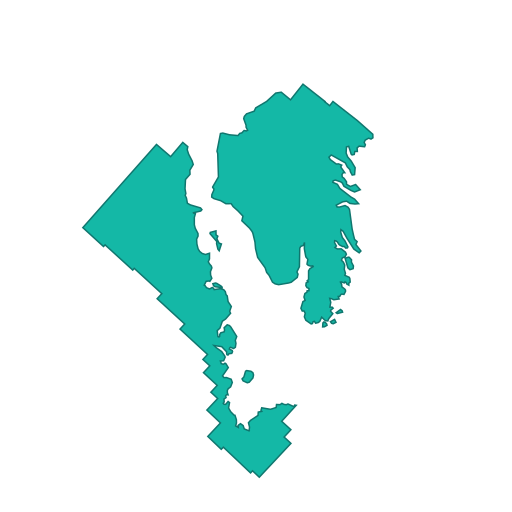 Kenai Peninsula, Alaska, United States of America, rotated 311°
{"feature_id": "52423323B64721050065013", "entity_name": "Kenai Peninsula", "entity_type": "district", "adm_level": 2, "iso_a3": "USA", "parent_name": "United States of America", "parent_adm1": "Alaska", "projection": "albers", "projection_center": [-151.789, 60.039], "detail": "fine", "context": "isolated", "style": "filled", "palette": "teal", "viewbox_px": 512, "rotation_deg": 311, "n_neighbors": 0, "source": "geoboundaries", "source_scale": "gbopen_adm2", "svg_char_len": 6172}
<svg xmlns="http://www.w3.org/2000/svg" viewBox="0 0 512 512"><g transform="rotate(311 256 256)"><path d="M416.5,178.7L396.5,179.6L396.2,167.6L391.9,164.0L379.6,162.6L367.6,158.6L364.1,159.6L357.1,155.6L353.7,155.6L351.6,156.6L348.1,162.8L346.7,164.0L345.4,167.2L344.1,166.7L342.9,164.7L339.5,164.5L337.9,163.3L335.1,163.4L330.1,156.5L327.0,150.3L325.1,148.8L309.5,157.8L308.1,160.0L291.0,175.8L279.6,178.0L279.2,178.5L279.2,179.8L278.2,180.9L273.4,182.4L271.4,183.9L271.7,186.6L274.6,193.1L275.7,199.0L279.2,202.9L278.3,206.3L278.2,212.8L277.5,220.0L273.3,222.2L272.8,232.8L271.9,237.0L271.1,238.7L265.9,246.0L261.2,250.9L256.0,258.2L253.1,270.6L250.6,274.8L250.0,278.5L247.1,285.6L247.5,288.7L249.2,291.9L257.0,298.3L259.3,299.8L266.9,301.2L269.9,299.6L270.6,297.7L271.2,297.2L276.4,295.8L290.7,283.8L292.7,283.5L295.1,284.8L298.1,283.7L293.2,287.7L289.0,292.9L288.0,294.3L287.5,297.3L283.3,299.8L283.2,301.5L284.2,303.8L285.8,305.3L285.5,306.1L281.8,305.0L279.3,305.4L272.7,311.1L270.8,310.9L270.7,312.3L268.6,311.5L266.3,313.1L265.6,315.2L266.2,317.3L264.5,318.7L263.3,317.4L262.0,318.2L259.8,317.5L256.5,319.1L254.7,322.2L252.4,321.3L246.0,324.2L244.8,327.0L246.0,328.3L245.1,330.7L241.8,332.4L240.2,335.8L240.9,342.2L242.0,342.9L243.9,342.2L245.0,342.9L244.4,345.1L246.7,346.7L248.6,347.0L252.9,345.7L252.7,350.7L254.1,352.8L256.4,352.0L262.9,351.8L263.2,348.5L264.1,348.0L267.2,348.5L267.4,347.2L265.9,345.3L270.1,342.8L272.4,339.4L273.3,341.0L274.0,343.4L278.1,346.9L279.4,344.6L280.5,345.7L282.6,345.3L283.6,345.8L284.7,347.6L288.0,346.8L289.0,345.9L289.3,344.7L289.1,341.0L290.9,339.1L291.7,336.8L292.3,337.1L293.6,340.3L294.9,340.1L295.1,341.5L294.4,342.8L294.9,345.2L296.3,343.9L298.1,344.2L300.5,341.7L301.1,340.4L299.7,335.7L301.6,334.9L303.9,331.3L307.4,328.9L308.7,325.9L308.9,323.3L311.1,322.4L313.9,323.7L316.6,323.1L317.6,321.0L317.3,315.6L314.7,312.8L314.2,310.0L316.3,310.1L317.6,306.5L319.2,305.3L319.8,306.3L320.0,308.2L319.2,310.8L319.2,312.1L320.0,315.2L321.1,316.4L320.8,318.5L322.1,319.7L323.2,319.4L325.7,313.4L326.6,309.0L329.6,304.2L331.6,302.8L331.8,305.6L329.1,312.9L325.4,325.3L326.1,331.8L328.6,331.9L330.2,323.9L333.2,322.9L333.2,319.5L335.5,316.2L339.4,310.9L352.5,296.0L353.2,293.5L352.5,290.1L347.7,286.9L346.2,285.0L347.0,283.2L353.8,285.9L356.8,288.4L357.3,292.4L360.2,296.6L362.8,299.1L363.6,293.1L362.8,288.9L362.0,275.0L363.5,270.4L362.0,265.6L363.4,264.9L365.4,266.1L367.5,271.2L367.7,273.2L366.3,276.7L367.8,284.7L369.0,288.4L374.4,291.2L375.3,284.3L370.4,281.6L369.5,277.3L371.4,275.6L372.4,271.5L372.2,269.3L373.9,267.4L376.2,267.2L377.1,268.3L378.8,261.5L380.8,261.1L379.7,257.9L378.1,256.3L377.5,248.8L378.4,246.2L381.6,246.5L384.9,262.3L383.2,266.3L382.8,270.2L381.5,272.0L380.2,275.5L382.1,277.0L387.7,272.9L390.1,265.6L390.9,260.2L392.8,256.5L397.7,252.7L399.6,254.0L395.3,261.0L395.3,262.2L397.1,263.5L399.7,262.0L401.4,263.9L403.9,261.4L406.5,261.7L409.7,266.3L411.7,265.6L412.7,263.1L415.1,262.4L418.8,263.7L419.7,266.1L421.9,266.7L424.5,264.3L424.7,243.8L423.1,212.7L417.8,213.0L417.5,206.7L417.9,206.7L416.5,178.7ZM91.2,403.6L137.5,405.3L137.8,396.0L147.8,396.3L148.1,383.8L169.7,384.3L168.9,383.0L167.8,383.4L166.9,382.5L165.3,377.2L163.6,376.4L162.3,374.4L161.8,372.2L159.6,371.7L157.4,368.9L154.9,370.6L149.8,367.5L145.2,359.9L142.8,361.0L142.5,362.3L139.7,360.1L137.0,362.1L128.3,359.7L125.2,359.7L122.6,363.4L119.8,365.3L119.7,366.1L117.8,360.6L119.6,357.5L119.3,354.3L116.4,353.6L115.0,355.1L114.4,352.1L117.2,350.8L119.6,348.6L122.0,344.6L121.5,343.9L121.9,339.0L123.3,335.0L128.0,332.2L127.9,330.4L124.1,330.4L123.1,329.2L123.3,327.9L125.0,327.7L127.0,325.7L129.5,326.3L130.5,324.8L132.1,324.8L132.9,326.0L134.1,324.0L135.7,322.6L137.6,322.1L140.6,322.7L145.0,321.1L146.7,318.1L144.9,313.5L143.2,311.6L143.5,309.4L153.6,308.3L155.0,303.9L154.8,302.9L152.9,302.4L152.0,300.4L153.4,298.0L155.7,300.3L159.4,299.1L160.0,298.1L161.4,292.8L160.7,286.0L160.9,283.0L165.1,289.6L164.4,296.6L162.7,298.3L162.5,299.2L163.0,299.9L164.5,299.7L166.6,301.6L168.4,301.1L169.1,300.0L168.2,296.9L169.8,296.4L170.4,296.7L171.5,299.8L173.6,300.3L176.9,298.2L178.8,295.7L182.6,294.3L185.9,283.6L186.1,281.6L185.2,279.4L180.9,279.0L179.5,280.9L177.8,281.7L175.0,279.8L172.9,280.1L171.7,281.2L170.6,281.2L170.2,280.1L174.2,275.7L177.9,276.1L184.7,273.4L188.5,274.4L196.1,274.4L197.0,272.4L201.7,270.5L203.3,264.8L207.0,260.5L207.2,258.7L209.0,256.2L209.4,253.7L207.9,250.5L203.2,246.5L203.8,245.0L203.6,243.7L200.6,242.5L199.6,239.4L200.2,237.1L200.0,236.1L204.2,235.0L206.4,237.0L206.6,237.8L210.2,237.3L211.8,234.3L214.3,231.9L218.1,230.5L219.1,228.9L219.5,226.2L220.3,223.8L223.3,222.8L227.6,219.1L224.0,216.9L222.6,213.7L222.5,210.5L223.4,207.6L226.3,203.5L229.8,200.1L233.0,199.2L234.9,197.5L237.1,191.9L239.1,189.0L244.6,184.2L248.2,182.5L247.4,180.7L247.6,180.4L253.7,184.8L255.5,184.8L255.9,182.6L251.5,172.9L250.8,169.6L254.1,165.5L255.3,162.8L257.1,162.1L260.2,158.3L267.5,152.6L274.4,152.6L277.3,149.8L283.9,148.6L285.9,145.3L288.7,138.3L291.1,134.3L293.8,132.8L293.7,126.2L275.0,126.4L274.9,107.7L163.8,106.7L163.1,134.7L165.4,134.8L164.5,172.2L166.8,172.2L165.8,209.6L158.9,209.4L157.9,246.8L151.0,246.6L149.9,284.0L143.1,283.8L142.8,293.2L133.5,292.9L132.9,311.6L123.6,311.3L123.3,320.6L107.5,320.0L106.7,338.7L88.2,338.0L87.3,356.6L90.3,356.8L88.7,394.2L91.6,394.3L91.2,403.6ZM154.1,326.1L153.3,328.2L154.6,332.6L156.3,333.7L161.9,333.7L164.6,332.2L165.9,330.2L165.7,327.8L163.4,324.1L162.2,323.7L156.8,326.2L154.1,326.1ZM236.2,222.7L235.8,224.8L242.4,222.0L241.5,219.7L243.3,215.2L245.9,214.2L245.7,212.0L248.7,209.3L243.8,206.0L242.7,206.6L241.2,216.9L239.5,218.1L236.2,222.7ZM307.3,333.2L307.3,335.9L310.2,337.6L312.4,336.1L314.0,332.0L315.8,330.6L316.2,327.3L315.7,326.4L312.7,324.8L307.3,333.2ZM205.7,243.6L206.0,245.3L209.9,251.2L210.3,250.8L210.4,249.2L209.6,244.3L209.0,243.1L206.8,241.6L205.7,243.6ZM249.4,350.4L246.2,352.8L247.5,354.1L250.3,355.1L251.1,353.9L251.3,351.9L250.8,350.5L249.4,350.4ZM255.3,355.3L254.8,357.2L255.5,358.7L258.4,359.9L259.7,356.9L255.3,355.3ZM265.8,353.7L265.9,355.1L270.4,358.2L271.2,356.9L271.1,354.9L265.8,353.7Z" fill="#14b8a6" stroke="#0f766e" stroke-width="1.5"/></g></svg>